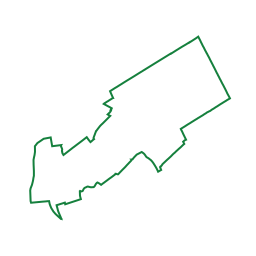 outline of Jegalia, Calarasi, Romania, rotated 84°
{"feature_id": "2599482B22085974272415", "entity_name": "Jegalia", "entity_type": "district", "adm_level": 2, "iso_a3": "ROU", "parent_name": "Romania", "parent_adm1": "Calarasi", "projection": "robinson", "projection_center": [27.655, 44.292], "detail": "fine", "context": "isolated", "style": "outline", "palette": "green", "viewbox_px": 256, "rotation_deg": 84, "n_neighbors": 0, "source": "geoboundaries", "source_scale": "gbopen_adm2", "svg_char_len": 5231}
<svg xmlns="http://www.w3.org/2000/svg" viewBox="0 0 256 256"><g transform="rotate(84 128 128)"><path d="M192.2,232.2L192.3,223.5L192.3,221.5L192.4,217.5L192.4,215.7L192.5,214.1L195.0,213.9L196.0,213.7L197.9,213.2L199.8,212.6L200.8,212.1L202.0,211.5L203.3,210.9L204.4,210.1L205.2,209.6L206.1,208.9L208.4,206.9L209.5,205.9L210.6,204.9L211.2,204.4L211.2,204.1L211.4,204.0L211.4,203.8L211.5,203.6L211.4,203.6L211.0,203.9L209.2,204.4L207.0,205.1L205.0,205.7L203.9,206.0L203.1,206.2L201.9,206.4L200.4,206.6L199.2,206.8L198.2,207.0L197.3,207.1L196.9,204.9L196.6,203.6L196.1,200.9L195.7,199.2L195.6,198.6L197.3,198.4L196.6,195.2L194.4,184.9L193.8,182.3L191.5,182.7L190.3,182.8L189.9,182.8L187.1,182.6L185.8,182.5L185.7,182.3L185.6,182.2L185.9,181.7L186.2,181.0L186.1,180.3L185.8,179.6L184.5,178.8L183.7,178.2L183.0,177.4L182.6,176.1L182.2,175.1L182.0,174.1L182.8,172.0L183.1,170.9L183.2,168.3L182.4,167.3L181.9,166.9L180.3,165.8L179.2,164.6L179.0,164.0L180.2,162.3L181.7,160.7L180.6,158.9L179.7,157.3L179.2,156.5L178.8,155.8L177.5,153.6L177.1,153.0L177.0,152.7L176.9,152.6L176.4,151.8L175.2,149.6L174.0,147.6L173.5,146.8L173.1,146.1L172.8,145.7L172.5,145.2L172.4,145.1L172.2,145.1L172.2,144.9L172.8,143.6L173.0,143.0L173.0,142.6L172.8,142.4L172.2,141.7L171.9,141.4L171.5,140.9L170.7,140.0L170.6,139.8L170.4,139.6L168.8,137.7L168.1,136.8L167.7,136.3L166.3,134.6L165.1,133.3L164.4,132.5L163.4,131.3L162.5,130.3L161.7,129.3L161.1,128.6L160.4,127.9L160.0,127.7L159.8,127.6L159.7,127.7L159.7,127.2L159.5,126.9L159.5,126.6L159.2,126.4L157.9,125.1L155.7,122.5L155.4,122.2L155.2,121.7L154.7,120.4L153.5,117.4L153.3,116.9L153.5,116.6L153.9,116.2L154.5,115.5L154.8,115.2L155.6,114.5L157.1,113.6L158.3,113.0L158.7,112.7L159.0,112.5L159.4,111.9L160.0,111.1L160.3,110.7L161.6,109.4L162.2,108.7L163.0,108.1L163.8,107.5L165.5,106.5L166.3,106.1L168.3,105.1L169.0,104.8L169.8,104.4L171.0,103.9L172.3,103.4L173.4,103.0L174.6,102.6L174.4,102.1L174.0,101.3L173.2,99.4L172.8,99.5L170.6,100.1L170.3,100.2L170.0,100.1L169.8,99.8L169.6,99.6L169.6,99.3L169.4,99.1L169.2,98.8L168.3,98.0L167.6,97.5L167.3,97.1L166.9,96.6L166.3,95.8L165.7,95.0L165.0,94.1L163.4,92.0L162.8,91.1L161.8,89.8L161.1,88.8L160.6,88.2L160.2,87.7L159.0,86.3L158.3,85.4L157.3,83.9L156.3,82.7L155.3,81.3L154.1,79.7L153.4,78.7L152.7,77.7L151.6,76.3L150.9,75.4L150.3,74.6L149.7,73.7L147.4,74.6L147.0,74.0L146.5,73.4L146.3,73.0L146.0,72.5L145.9,72.3L145.8,71.9L145.7,71.5L143.8,72.2L139.7,73.7L137.0,74.6L135.1,75.4L134.4,75.6L134.2,75.2L134.0,74.8L133.3,73.3L132.7,72.1L132.3,71.2L132.1,70.9L132.0,70.6L131.7,70.1L131.1,68.9L130.6,67.9L130.1,66.8L129.4,65.3L128.9,64.4L128.2,62.9L127.3,61.1L126.4,59.2L126.2,58.7L125.5,57.4L124.8,55.8L124.2,54.6L123.7,53.5L123.0,52.0L122.2,50.6L122.1,50.3L121.8,49.7L121.6,49.2L121.2,48.5L120.8,47.9L120.3,46.5L120.0,45.8L119.9,45.5L119.6,44.5L119.0,43.5L118.3,42.3L117.9,41.3L117.4,40.3L116.6,38.8L116.2,38.0L116.0,37.5L115.6,36.7L114.5,34.6L113.7,33.0L113.4,32.3L112.7,30.9L112.4,30.3L111.9,29.2L111.6,28.6L111.1,27.5L110.5,26.4L110.3,25.9L109.9,25.0L109.6,24.3L109.2,23.5L108.4,23.8L106.2,24.7L104.1,25.6L102.0,26.3L100.7,26.8L99.8,27.1L98.8,27.5L97.0,28.2L95.2,28.9L93.6,29.6L92.0,30.2L91.5,30.4L89.9,31.0L89.2,31.3L88.3,31.7L87.6,31.9L86.8,32.2L84.9,33.0L83.9,33.3L82.6,33.9L81.2,34.4L78.5,35.4L76.1,36.3L75.8,36.5L74.8,36.8L73.3,37.4L69.7,38.8L69.0,39.1L67.0,39.8L66.2,40.1L64.1,41.0L63.0,41.4L63.2,41.7L62.9,41.5L62.2,41.8L60.6,42.4L58.7,43.2L55.7,44.3L55.1,44.6L54.4,44.9L53.1,45.4L52.7,45.5L51.7,45.9L50.1,46.5L48.3,47.1L46.3,47.9L44.5,48.6L45.8,50.9L48.2,55.6L49.4,58.0L49.2,58.0L51.1,61.9L52.9,65.9L55.7,71.7L58.6,77.5L58.4,77.6L66.6,94.7L74.8,111.7L77.0,116.2L79.2,120.8L80.7,124.0L82.3,127.3L83.6,129.9L84.8,132.4L85.9,134.6L86.9,136.8L88.2,139.4L89.5,142.0L93.0,140.9L96.6,139.7L96.6,139.9L97.0,140.7L97.7,142.1L98.4,143.6L99.1,144.9L99.8,146.5L100.3,147.4L100.9,148.7L101.2,149.2L101.5,149.6L102.9,147.6L104.2,145.7L105.4,143.9L106.0,143.1L106.7,142.1L107.4,142.5L107.2,142.8L107.4,142.9L108.7,143.6L109.1,143.2L109.7,143.7L110.1,144.0L110.4,144.3L110.7,144.6L111.2,145.3L111.8,146.1L112.4,146.8L112.6,146.5L112.8,146.2L113.2,145.8L113.5,145.3L114.1,144.4L117.5,148.6L120.9,152.8L122.0,154.3L123.2,155.7L125.6,158.0L128.0,160.2L128.0,160.3L128.6,160.5L129.9,161.2L131.6,162.0L132.7,162.6L134.5,163.4L135.5,162.9L136.2,164.1L136.6,164.6L137.3,165.6L137.7,166.2L138.1,166.8L135.5,168.5L132.8,170.0L136.2,175.5L139.5,181.0L141.2,183.8L142.0,185.2L142.9,186.6L145.5,190.8L148.1,195.0L147.9,195.1L147.5,195.2L146.8,195.6L146.3,195.8L145.9,195.9L145.7,195.9L145.4,195.9L144.9,195.9L144.8,196.0L144.5,196.0L144.1,196.1L143.9,196.1L143.6,196.0L143.4,196.0L143.2,195.9L142.8,195.8L142.6,195.7L142.4,195.7L142.1,195.7L141.6,195.8L141.0,196.0L140.5,196.1L140.3,196.2L140.2,196.2L139.9,196.3L139.6,196.4L139.5,196.5L139.4,196.5L139.0,196.5L138.9,196.5L138.7,196.5L138.3,196.4L138.0,196.2L138.2,205.3L133.8,205.6L129.3,205.9L129.6,209.4L129.9,213.0L131.7,216.3L133.5,219.7L135.3,221.4L136.4,222.5L138.8,222.7L142.0,223.0L145.2,223.8L147.5,224.6L149.9,225.3L154.5,225.7L161.0,226.1L165.7,226.6L167.9,227.3L169.5,227.7L171.1,228.2L174.4,229.4L177.9,231.2L180.0,231.8L181.7,231.9L190.5,232.5L192.2,232.2Z" fill="none" stroke="#15803d" stroke-width="2"/></g></svg>